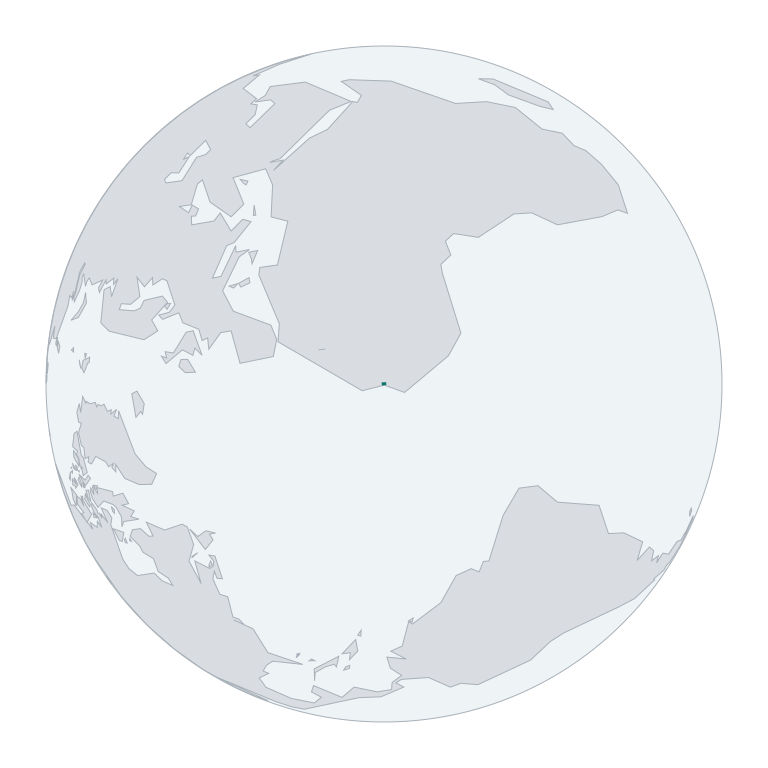 Nouakchott highlighted on a globe, orthographic projection, rotated 267°
{"feature_id": "MRT-2787", "entity_name": "Nouakchott", "entity_type": "District", "adm_level": 1, "iso_a3": "MRT", "parent_name": "Mauritania", "parent_adm1": "", "projection": "orthographic", "projection_center": [-15.953, 18.14], "detail": "fine", "context": "on_globe", "style": "filled", "palette": "teal", "viewbox_px": 768, "rotation_deg": 267, "n_neighbors": 0, "source": "natural_earth", "source_scale": "10m", "svg_char_len": 9275}
<svg xmlns="http://www.w3.org/2000/svg" viewBox="0 0 768 768"><g transform="rotate(267 384 384)"><circle cx="384" cy="384" r="338" fill="#eef3f6" stroke="#a8b0b8"/><path d="M154.4,136.1L170.6,122.1L163.6,128.3L171.9,121.6L181.2,113.9L185.4,110.7L226.6,85.1L241.9,77.4L267.7,66.7L294.3,58.2L321.5,51.9L315.5,53.7L279.2,65.2L279.5,68.1L254.2,85.5L261.1,83.4L255.9,90.1L261.9,90.6L255.5,94.7L265.8,91.7L270.5,88.0L276.6,85.6L280.6,85.9L273.1,90.8L270.0,91.4L269.9,93.0L264.5,95.5L269.4,94.4L259.9,101.0L275.1,95.1L272.3,100.9L264.5,105.2L257.8,103.8L223.1,113.8L213.1,119.5L205.6,127.9L207.2,144.6L199.2,152.0L193.8,162.6L201.5,158.4L208.5,148.8L221.7,144.6L228.7,134.4L235.0,131.6L245.2,122.5L251.6,125.2L252.3,133.2L244.2,141.3L244.3,145.4L258.5,139.4L249.6,157.3L254.6,175.0L251.5,180.1L233.7,185.5L217.3,180.0L194.2,191.0L217.2,185.8L208.9,200.3L210.9,203.9L216.0,204.7L222.3,200.2L221.1,206.1L198.0,212.4L198.7,207.1L206.0,204.8L198.3,202.9L182.6,209.0L179.7,216.8L159.2,220.9L156.8,226.8L151.0,231.7L156.2,221.6L146.4,240.4L121.9,253.9L108.2,288.3L113.0,258.3L109.3,251.9L103.7,248.3L101.1,253.7L97.0,244.0L87.3,250.3L74.8,275.1L69.1,297.7L74.5,305.1L80.3,295.5L86.6,297.8L73.2,325.7L82.9,338.3L76.9,361.1L78.5,375.6L85.5,376.5L92.1,386.4L99.9,375.5L111.1,372.6L108.2,391.8L116.8,376.8L121.4,388.5L145.4,396.2L142.8,399.9L162.6,429.3L188.9,446.0L195.0,461.4L191.4,469.2L201.6,473.9L201.8,479.5L246.6,496.1L272.9,513.4L274.4,532.4L256.9,551.1L251.6,592.4L222.9,600.3L222.8,615.6L212.9,634.0L194.6,627.6L207.3,640.5L203.3,644.6L193.4,641.9L198.2,649.1L191.2,646.8L200.5,653.6L199.2,659.3L211.2,668.2L212.8,672.5L220.9,677.6L217.8,676.3L217.2,676.6L220.5,678.8L206.7,671.1L191.4,660.3L188.0,656.5L183.7,654.0L175.2,643.1L174.3,644.1L156.5,622.8L149.0,606.5L126.0,550.5L118.2,536.7L100.7,516.0L78.8,462.0L81.1,445.3L77.8,434.4L88.6,413.0L88.1,386.0L85.0,380.3L80.3,387.9L71.8,364.5L72.1,342.6L63.4,287.5L66.4,275.2L72.4,259.6L100.2,201.1L73.9,251.7L78.9,239.2L88.6,219.9L90.3,217.3L106.3,191.5L109.5,186.9L130.6,160.4L154.4,136.1ZM103.1,299.4L114.5,324.6L103.9,321.7L106.7,319.6L104.6,310.6L99.4,300.1L91.2,299.2L103.1,299.4ZM117.5,284.7L115.2,281.9L118.0,283.2L117.5,284.7ZM186.4,109.9L180.9,114.2L170.6,122.4L174.6,118.9L186.4,109.9ZM206.4,96.5L205.7,97.0L198.3,101.7L206.4,96.5ZM241.0,121.7L243.0,122.1L240.1,123.6L241.0,121.7ZM243.5,117.7L238.6,119.2L239.1,117.5L242.1,116.6L243.5,117.7ZM249.4,116.4L240.5,114.4L241.4,111.6L253.6,106.1L249.4,116.4ZM270.3,86.8L265.4,90.7L265.8,87.4L270.3,86.8ZM269.0,85.3L261.4,80.2L270.5,75.2L271.2,77.6L280.0,71.6L288.2,71.5L285.2,74.8L277.7,77.9L286.6,75.7L269.0,85.3ZM352.2,47.6L354.4,47.4L349.8,47.8L350.7,47.7L352.2,47.6ZM279.0,84.5L276.7,83.6L284.4,79.1L290.6,80.1L286.1,81.2L279.0,84.5ZM278.3,70.4L285.2,67.6L293.7,66.7L297.5,65.6L289.2,71.2L278.3,70.4ZM286.3,82.3L293.5,80.8L293.4,83.3L281.9,85.1L286.3,82.3ZM283.9,77.6L287.8,75.6L287.6,77.0L283.9,77.6ZM297.3,92.6L294.3,91.0L298.1,88.3L297.3,92.6ZM296.1,80.1L296.1,79.3L297.2,78.3L301.8,77.9L296.1,80.1ZM295.8,70.4L297.9,70.8L299.6,68.0L306.1,67.7L299.4,71.7L305.0,69.9L307.0,69.8L299.3,73.2L295.8,70.4ZM309.9,74.6L303.6,80.5L308.3,83.7L305.1,86.0L298.1,80.5L309.9,74.6ZM304.3,73.4L307.0,74.6L301.6,76.5L296.5,76.9L304.3,73.4ZM312.9,66.3L304.7,65.7L306.4,64.9L312.9,66.3ZM312.3,75.1L313.8,73.8L313.3,75.1L312.3,75.1ZM313.9,68.4L310.8,68.2L312.8,67.3L313.9,68.4ZM319.3,71.5L317.3,73.2L313.7,73.4L319.3,71.5ZM317.7,69.8L321.3,68.6L313.6,72.4L315.9,69.7L317.7,69.8ZM316.3,67.6L316.5,67.0L317.4,67.9L316.3,67.6ZM334.1,70.4L325.3,75.1L317.4,75.3L327.0,70.5L334.1,70.4ZM233.2,685.4L209.6,672.9L221.3,679.3L220.9,677.9L236.4,685.9L233.2,685.4ZM235.8,682.3L240.4,682.5L244.0,684.3L241.6,684.6L235.8,682.3ZM717.3,328.3L708.8,296.4L698.6,269.5L699.1,275.7L686.5,258.8L675.6,271.7L670.7,265.7L669.4,272.0L659.9,269.5L651.1,259.6L646.9,263.6L669.7,289.7L673.7,285.7L672.4,269.9L678.3,280.5L687.0,286.0L689.6,321.2L667.9,365.9L660.2,343.8L614.4,291.9L612.6,284.4L612.2,283.6L611.3,282.4L612.9,295.0L603.1,284.8L633.6,322.7L641.2,340.9L667.7,367.6L666.6,372.2L673.4,376.6L688.4,357.2L689.7,365.1L686.1,406.9L660.4,470.1L660.6,501.1L653.3,529.5L630.2,555.3L625.1,575.1L612.1,586.2L606.5,597.7L592.1,612.6L570.6,628.4L541.7,636.1L545.6,626.6L539.7,610.4L533.9,565.5L547.2,540.5L547.0,522.6L525.5,485.8L530.6,461.4L523.4,452.7L509.4,457.5L500.4,447.0L491.4,448.1L430.8,463.5L408.8,449.8L374.5,404.1L382.9,384.2L378.4,361.9L431.7,280.4L449.8,282.6L499.5,264.7L506.9,266.1L508.4,283.8L551.6,296.5L556.8,280.0L588.6,283.2L605.1,277.1L598.0,244.1L570.9,253.4L559.0,240.1L574.8,219.8L597.4,213.4L593.4,208.1L573.1,200.9L572.0,189.0L565.3,197.8L572.7,201.9L568.6,208.0L561.7,204.7L561.6,200.3L553.0,200.3L555.7,222.8L563.4,229.4L544.8,239.3L555.9,251.6L553.1,259.7L533.3,242.0L530.4,234.2L498.7,218.2L500.0,226.9L530.0,243.2L523.4,243.0L525.3,256.6L518.6,246.1L485.5,227.7L464.6,237.3L448.7,274.1L434.2,279.2L417.2,274.9L412.2,241.3L445.1,234.1L443.8,223.6L427.9,210.9L439.3,210.3L436.9,204.7L448.4,201.9L455.6,186.3L465.9,182.9L460.1,166.3L464.6,162.7L466.8,173.2L473.8,179.3L498.5,172.6L500.7,168.2L494.9,158.4L502.4,158.4L493.6,149.9L503.5,142.9L484.1,144.8L476.8,135.0L478.0,125.9L472.1,123.5L470.1,138.5L472.4,144.5L480.0,148.8L483.4,167.3L476.8,172.1L460.1,155.3L448.9,160.9L440.8,146.7L451.1,112.3L459.9,104.4L492.7,109.4L495.7,115.6L485.4,116.5L502.9,123.7L497.6,119.2L503.9,119.7L498.4,111.8L502.6,111.9L490.3,104.6L494.8,103.9L502.5,108.5L498.3,97.7L505.3,95.2L502.3,92.8L497.2,91.0L509.5,89.9L506.8,88.2L501.7,87.9L493.0,84.7L482.3,79.0L487.2,78.9L491.7,80.9L508.4,85.7L519.6,92.0L520.5,91.4L511.9,86.1L491.5,80.1L483.7,76.9L493.1,78.7L489.1,77.8L486.7,76.2L488.9,74.8L478.5,72.5L446.2,58.9L447.2,56.1L459.1,58.4L441.6,52.2L444.2,51.6L439.5,51.0L427.9,49.0L427.0,49.1L423.9,48.7L402.3,46.6L426.2,48.7L450.0,52.6L473.3,58.1L496.3,65.3L518.6,74.1L540.3,84.4L561.2,96.3L581.2,109.6L600.2,124.3L618.1,140.3L634.8,157.5L650.2,175.9L664.4,195.4L677.1,215.7L688.3,237.0L697.9,259.0L706.0,281.6L712.5,304.7L717.3,328.3ZM421.5,320.5L422.0,327.3L421.5,320.5ZM627.0,223.2L636.7,218.7L622.3,202.5L624.9,199.8L619.0,195.7L621.2,201.4L605.5,190.1L606.1,182.5L599.7,175.5L596.2,176.8L597.6,192.9L620.2,208.7L622.3,217.6L627.0,223.2ZM146.3,396.2L148.8,400.9L144.7,399.7L146.3,396.2ZM100.3,328.8L103.7,331.1L104.8,335.1L101.8,334.6L100.3,328.8ZM134.5,344.6L139.4,348.3L133.4,347.7L134.5,344.6ZM116.8,328.1L130.4,342.4L118.7,343.8L110.5,335.1L117.4,336.4L116.8,328.1ZM111.5,294.7L113.2,297.3L111.3,300.4L111.5,294.7ZM119.6,285.8L118.6,285.6L118.7,282.2L119.6,285.8ZM210.3,199.9L212.1,199.6L216.3,201.6L212.4,203.1L210.3,199.9ZM246.7,198.5L244.0,208.0L243.2,201.8L237.3,205.1L228.1,196.9L249.4,182.3L241.4,190.0L246.7,198.5ZM221.9,183.3L225.3,189.2L220.7,183.3L221.9,183.3ZM412.2,180.0L419.0,182.4L418.9,189.2L405.7,196.2L405.7,186.2L412.2,180.0ZM428.7,184.5L415.8,167.4L423.4,163.2L421.3,168.2L427.7,167.2L426.0,175.3L446.0,189.1L447.2,196.2L422.2,203.8L429.7,197.0L422.6,194.6L428.7,184.5ZM369.2,139.6L363.7,134.5L387.4,131.6L389.8,136.9L376.9,143.5L366.4,141.3L369.2,139.6ZM272.6,108.1L269.0,108.0L271.0,106.4L275.8,105.2L272.6,108.1ZM295.6,92.0L290.7,107.3L286.2,107.8L288.6,117.5L277.9,122.7L276.7,116.1L270.3,128.0L264.9,124.1L261.8,132.3L260.3,117.0L255.2,114.8L264.9,115.0L274.9,110.1L277.7,107.3L281.8,98.1L275.8,91.9L284.8,86.9L292.7,85.0L295.5,85.7L288.8,88.6L297.4,87.5L289.8,92.3L295.6,92.0ZM380.4,78.7L371.4,79.6L387.3,82.5L379.9,85.5L382.2,85.7L379.7,89.5L380.7,94.8L376.2,95.8L378.5,97.5L376.9,100.5L378.5,103.3L371.1,106.4L372.6,110.3L368.2,109.6L372.7,115.6L366.1,112.6L363.3,116.8L371.2,117.5L327.2,131.8L313.9,141.8L306.4,152.2L296.0,146.8L296.4,134.3L303.3,120.1L317.6,112.0L310.3,111.6L315.0,107.8L318.8,109.7L315.8,104.6L320.7,102.1L326.8,92.4L319.4,87.7L321.4,84.5L326.8,85.2L325.1,81.6L336.5,80.9L338.3,78.7L351.3,76.4L360.6,79.7L361.8,77.1L371.7,75.8L380.4,78.7ZM337.8,69.8L350.7,71.9L352.9,74.9L329.3,77.9L326.1,79.9L311.1,83.0L308.2,78.8L312.8,78.2L316.5,76.7L315.9,78.6L319.2,76.0L325.6,75.3L329.9,73.3L332.9,74.4L337.8,69.8ZM510.9,258.5L515.8,258.1L522.6,255.8L523.9,264.8L510.9,258.5ZM488.3,246.1L492.1,244.1L497.3,254.7L492.1,255.4L488.3,246.1ZM489.8,234.5L491.9,243.2L487.7,238.9L489.8,234.5ZM469.9,171.3L473.4,169.1L475.5,171.2L475.6,175.1L469.9,171.3ZM426.1,91.5L420.6,90.6L420.6,89.4L411.0,85.0L415.8,83.0L423.4,84.8L426.1,91.5ZM595.9,251.1L593.8,258.7L590.1,256.7L591.6,254.4L595.9,251.1ZM559.1,262.4L569.6,263.7L559.3,264.8L559.1,262.4ZM429.7,88.5L425.2,86.8L430.3,86.9L429.7,88.5ZM418.7,81.3L424.1,80.9L415.2,82.2L418.7,81.3ZM682.9,508.9L657.1,562.7L649.2,567.3L653.0,554.5L666.1,523.6L677.1,510.1L683.9,494.2L682.9,508.9ZM464.0,74.7L472.0,82.5L481.0,88.1L491.0,90.8L480.3,91.0L466.5,82.3L464.0,74.7ZM447.9,60.5L439.1,59.3L440.5,58.4L442.7,58.5L447.9,60.5ZM444.3,60.8L438.2,62.2L431.7,60.6L437.8,59.7L444.3,60.8ZM434.4,73.6L436.5,75.9L432.2,75.6L434.4,73.6ZM355.6,47.3L354.6,47.4L354.0,47.4L355.6,47.3ZM423.6,48.8L419.2,48.4L418.1,48.1L423.6,48.8ZM406.3,47.4L410.6,48.0L404.0,47.3L406.3,47.4ZM420.7,49.6L411.4,48.2L423.1,49.6L420.7,49.6Z" fill="#d9dde1" stroke="#a8b0b8" stroke-width="1"/><path d="M383.6,385.5L383.6,385.1L383.5,384.0L383.4,382.5L383.5,382.5L385.0,382.5L385.0,383.9L385.0,385.5L383.6,385.5Z" fill="#14b8a6" stroke="#0f766e" stroke-width="1.5"/></g></svg>